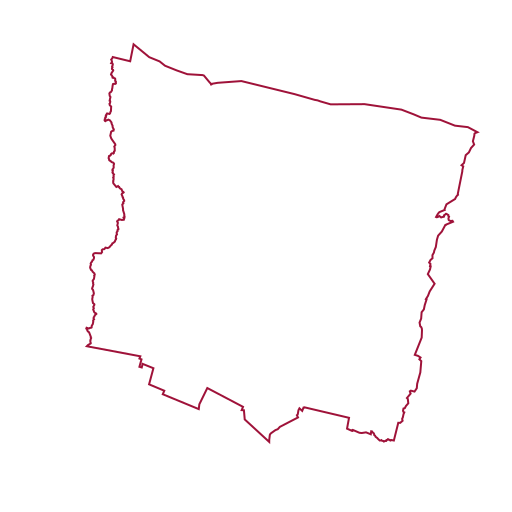 outline of Belgrano, San Luis, Argentina, rotated 14°
{"feature_id": "61730980B87239881423217", "entity_name": "Belgrano", "entity_type": "district", "adm_level": 2, "iso_a3": "ARG", "parent_name": "Argentina", "parent_adm1": "San Luis", "projection": "natural_earth1", "projection_center": [-66.853, -32.771], "detail": "fine", "context": "isolated", "style": "outline", "palette": "rose", "viewbox_px": 512, "rotation_deg": 14, "n_neighbors": 0, "source": "geoboundaries", "source_scale": "gbopen_adm2", "svg_char_len": 5982}
<svg xmlns="http://www.w3.org/2000/svg" viewBox="0 0 512 512"><g transform="rotate(14 256 256)"><path d="M113.7,384.5L168.0,381.3L167.7,383.7L169.9,384.0L169.7,391.7L172.1,391.8L172.1,388.1L183.6,389.7L183.3,406.4L199.6,408.9L199.0,412.7L237.5,418.4L236.9,413.6L240.7,395.9L279.9,405.5L279.4,409.0L281.6,408.6L284.6,417.3L313.8,433.2L313.3,431.1L312.7,426.3L312.9,425.3L313.4,424.4L317.0,420.2L319.0,418.8L320.5,416.0L335.8,402.5L334.2,400.6L334.7,399.8L334.8,399.2L334.5,395.4L335.0,393.3L338.3,395.1L338.8,391.5L339.7,391.4L339.8,391.1L385.4,390.5L386.1,401.5L391.7,402.5L391.9,402.4L391.7,401.4L391.9,401.3L399.1,402.5L401.4,402.2L405.4,400.5L410.5,401.2L410.2,398.2L411.2,398.2L411.7,398.9L413.1,399.5L413.7,400.2L414.0,401.1L415.1,401.6L415.8,402.5L417.8,403.3L418.2,403.7L420.7,405.1L421.6,404.8L422.2,404.3L423.0,404.8L424.4,404.7L425.0,405.1L425.9,404.3L427.1,403.9L427.1,403.0L427.8,402.7L428.3,401.8L428.9,401.8L429.4,402.2L430.9,402.1L431.0,402.5L431.3,402.5L431.8,401.8L434.4,401.7L434.4,383.4L436.3,383.0L438.1,380.4L437.2,378.7L437.5,377.1L437.4,373.7L437.7,371.9L437.0,371.8L436.1,370.7L436.0,368.3L437.2,367.6L437.8,365.2L439.4,362.1L437.9,358.0L436.8,357.3L439.3,352.1L438.0,350.1L438.8,349.2L442.6,349.2L444.0,345.4L443.3,341.0L443.6,329.2L441.8,318.0L439.5,316.7L440.2,314.7L437.3,313.7L434.0,313.5L436.5,295.1L435.0,287.8L434.4,286.2L433.5,285.0L432.4,284.5L430.8,281.0L431.4,276.8L430.3,270.5L431.8,267.2L431.6,262.8L432.0,256.8L431.3,256.7L432.5,253.1L433.1,248.3L436.0,239.7L427.1,232.0L428.1,226.9L428.0,223.8L427.3,223.8L427.2,221.5L425.6,220.5L426.3,217.6L427.8,215.5L427.0,212.5L427.8,209.6L427.7,207.7L428.3,203.8L427.6,196.3L427.8,192.2L430.4,187.3L432.2,180.1L432.8,179.9L432.9,179.5L438.9,175.1L438.1,174.3L436.3,175.0L434.5,174.6L434.1,174.2L433.6,172.8L433.8,171.1L432.9,170.6L432.7,169.7L430.4,169.0L430.0,169.1L429.6,170.0L428.7,170.8L428.6,171.2L428.9,172.0L428.7,172.6L428.2,172.6L426.3,173.8L424.2,172.8L423.6,173.6L422.9,174.2L422.0,174.7L421.3,174.6L422.1,171.7L422.9,169.7L423.4,169.0L427.9,165.7L427.7,165.5L427.7,164.4L428.3,159.8L435.4,152.5L435.7,150.8L436.4,148.9L437.2,147.7L436.8,147.1L436.6,143.5L435.7,124.0L435.4,122.6L435.4,118.9L433.5,118.2L435.3,115.4L435.1,107.4L437.5,104.0L438.5,99.2L440.7,95.1L438.7,92.2L438.7,86.5L438.4,84.5L438.9,83.7L440.9,82.3L430.4,79.7L417.5,81.4L401.8,79.3L383.0,81.7L374.7,80.4L361.7,78.8L324.6,82.4L291.7,90.8L281.0,90.4L278.1,90.1L275.2,90.3L254.2,89.6L199.5,89.8L177.0,97.2L172.2,99.3L171.2,100.4L170.9,100.5L170.3,99.5L169.3,99.0L161.8,93.5L160.4,93.4L145.4,96.2L134.1,95.1L121.7,93.4L115.4,90.5L104.3,88.9L86.0,80.2L86.8,97.5L68.9,97.6L68.9,98.3L68.0,100.5L68.5,100.9L69.3,102.4L68.9,103.9L70.0,103.8L70.3,104.0L70.8,105.1L70.5,106.9L71.1,107.5L70.8,108.2L70.9,109.1L71.1,109.5L72.3,110.0L72.6,110.6L71.5,113.6L71.6,114.3L71.4,114.6L71.4,115.0L72.9,116.1L73.7,117.7L74.2,117.7L74.6,117.3L75.2,117.7L76.4,117.9L77.0,119.6L76.9,120.1L77.9,120.8L77.9,121.7L78.3,122.1L78.3,122.5L77.9,123.0L76.0,123.5L75.6,123.8L75.7,125.7L76.0,128.0L75.9,129.0L76.2,130.0L75.7,131.7L75.3,132.3L74.7,132.7L74.4,133.7L75.3,136.0L76.3,136.9L76.4,140.7L76.9,140.8L77.3,141.6L77.3,143.2L77.0,143.8L77.7,145.1L79.3,146.0L80.2,150.5L79.9,151.5L79.9,152.8L79.5,153.6L77.0,153.7L76.8,154.1L76.7,155.7L76.3,155.8L76.3,156.5L76.8,157.4L76.2,158.1L76.5,158.9L75.9,160.4L76.0,160.3L76.2,160.9L76.8,161.5L77.3,161.6L78.1,160.4L78.8,160.2L79.7,159.4L81.4,159.7L83.5,161.4L83.8,162.4L85.4,164.4L85.6,165.4L86.3,166.4L87.4,167.5L87.4,168.9L86.6,169.1L85.4,170.4L85.5,174.5L87.0,176.8L87.9,177.7L92.3,181.5L92.7,182.3L92.0,184.1L92.7,185.2L93.5,188.1L92.9,189.0L93.2,190.4L92.8,191.1L92.3,190.9L91.3,191.3L90.7,192.1L90.7,193.1L90.0,193.8L89.9,194.3L89.2,194.6L89.3,196.7L90.0,197.5L90.2,198.3L91.0,198.9L91.8,198.9L93.1,199.8L94.6,199.9L95.7,200.5L96.0,201.0L95.9,202.6L96.5,204.5L96.3,205.9L95.8,206.7L96.0,207.7L96.5,207.9L96.5,209.6L97.1,210.0L97.1,210.4L98.5,211.2L98.3,211.8L98.3,212.5L98.6,213.0L98.7,213.5L98.4,214.3L99.0,214.8L98.9,215.3L99.3,216.0L99.2,217.3L99.5,217.7L99.4,218.6L100.0,220.0L103.8,222.8L105.2,221.5L105.9,222.2L106.5,222.1L107.4,223.2L109.4,223.8L110.7,225.6L111.8,225.9L112.2,226.3L111.9,226.8L111.5,226.9L110.8,228.1L110.7,228.8L112.1,230.5L112.1,230.9L112.9,231.5L113.2,232.5L114.5,233.7L114.8,234.4L114.0,236.0L114.6,236.9L114.5,237.2L114.1,237.7L113.8,238.5L115.6,242.4L115.9,243.7L118.1,247.3L118.4,248.7L118.9,249.3L118.8,249.9L118.1,250.7L118.3,251.0L119.1,251.0L119.0,252.8L117.1,253.5L114.3,253.4L114.1,254.4L113.1,255.2L112.9,255.8L112.9,256.2L113.8,256.9L114.0,257.5L114.0,259.9L115.0,261.0L115.3,261.9L115.8,262.6L116.0,263.4L115.5,263.7L115.3,264.5L115.7,265.3L115.1,266.7L115.2,267.4L115.9,268.7L115.4,269.7L115.3,270.3L115.5,272.1L116.1,272.8L115.9,273.3L116.1,273.8L115.6,274.8L115.6,276.1L114.3,277.9L113.5,278.6L113.4,279.8L112.6,280.9L111.6,283.0L110.2,284.2L107.9,284.3L107.3,285.8L106.9,286.2L105.6,286.6L105.0,287.5L105.2,288.5L105.7,289.4L105.1,290.9L99.2,292.1L97.9,293.0L97.6,294.2L97.8,295.0L99.1,296.2L99.3,297.4L99.1,299.0L98.3,299.8L98.3,301.1L97.8,301.8L97.5,302.7L97.4,303.5L98.0,304.4L97.7,306.0L97.9,307.5L99.3,309.4L100.2,309.6L101.3,310.8L103.4,312.0L104.1,313.2L103.7,314.2L104.1,314.8L104.3,317.4L103.5,319.5L103.9,320.5L104.4,321.0L104.6,322.3L105.1,322.8L105.1,324.5L104.8,327.1L105.1,327.7L106.0,328.3L106.4,328.9L107.7,331.4L107.7,333.2L106.9,334.1L107.4,335.2L107.5,337.3L107.8,338.2L109.2,341.1L110.7,341.8L111.0,342.4L110.4,344.8L111.3,345.9L111.0,346.9L111.0,347.5L111.6,348.0L112.3,349.3L113.3,350.1L114.7,350.4L115.1,350.8L113.9,352.6L113.8,353.9L113.4,354.6L113.4,355.7L114.2,356.6L113.7,357.4L113.6,358.4L114.0,359.0L114.1,361.6L113.5,363.4L113.8,365.1L113.4,365.5L112.2,366.0L111.3,366.8L109.0,366.6L108.9,367.5L109.7,367.8L110.4,369.2L111.4,370.0L112.5,370.4L115.3,374.4L115.4,375.2L115.9,375.5L115.6,377.8L115.9,378.2L115.9,378.9L116.2,379.7L116.8,380.5L116.7,380.9L114.4,383.2L113.7,384.5Z" fill="none" stroke="#9f1239" stroke-width="2"/></g></svg>